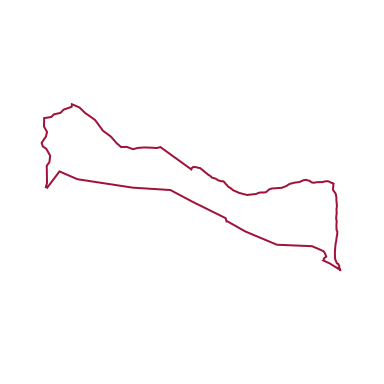 Belvedere, Soufrière, Saint Lucia (Robinson projection), rotated 161°
{"feature_id": "8701671B92172840318225", "entity_name": "Belvedere", "entity_type": "district", "adm_level": 2, "iso_a3": "LCA", "parent_name": "Saint Lucia", "parent_adm1": "Soufrière", "projection": "robinson", "projection_center": [-61.062, 13.892], "detail": "fine", "context": "isolated", "style": "outline", "palette": "rose", "viewbox_px": 384, "rotation_deg": 161, "n_neighbors": 0, "source": "geoboundaries", "source_scale": "gbopen_adm2", "svg_char_len": 4804}
<svg xmlns="http://www.w3.org/2000/svg" viewBox="0 0 384 384"><g transform="rotate(161 192 192)"><path d="M328.6,244.2L327.7,243.6L327.5,243.2L310.6,254.6L296.2,241.4L246.6,215.4L211.8,200.9L194.8,182.7L168.7,156.3L168.9,153.3L168.7,153.4L154.3,137.2L128.9,114.5L96.2,101.7L90.3,96.4L86.8,93.0L86.2,90.4L86.1,87.2L88.9,86.2L89.8,84.6L90.1,84.5L85.2,79.8L78.5,71.6L77.3,70.6L77.4,70.3L77.5,70.0L77.3,69.9L77.1,70.5L77.1,71.1L77.5,71.4L77.9,71.7L78.5,72.0L78.8,72.3L78.9,72.5L79.0,72.6L79.3,73.0L78.7,72.9L78.3,72.6L77.6,72.3L77.1,73.1L76.8,73.8L76.8,74.1L77.0,74.5L77.1,75.0L77.1,75.6L77.0,75.8L77.2,76.4L77.8,76.9L77.9,77.0L78.2,77.5L78.3,79.0L78.4,80.0L78.5,80.7L78.5,81.0L78.5,81.5L78.3,82.1L78.3,82.7L78.2,83.0L78.0,83.9L77.1,86.7L76.9,87.4L76.2,89.3L75.2,91.6L74.4,93.4L73.5,95.4L72.8,96.8L71.9,98.2L71.6,98.8L71.3,99.2L71.0,100.0L70.4,101.2L70.1,101.9L69.4,103.1L68.4,104.9L67.9,106.1L67.7,106.6L67.5,107.2L67.5,107.8L67.6,108.6L67.7,109.0L67.6,109.4L67.2,110.5L66.9,111.5L66.5,112.9L65.7,115.0L65.0,116.5L64.8,117.2L64.6,117.7L64.5,119.0L64.4,119.6L64.2,120.1L64.2,120.4L63.7,121.5L63.5,122.0L63.0,123.0L62.6,123.9L62.2,124.7L61.8,125.7L61.6,126.6L61.5,127.1L61.2,128.0L60.9,128.8L60.5,129.6L59.9,130.8L59.6,131.5L59.1,132.9L59.0,133.8L58.7,135.0L58.4,135.9L58.2,137.1L57.7,138.5L57.4,139.4L57.1,140.5L56.8,142.9L56.8,143.9L57.3,145.8L57.7,146.9L57.9,147.6L57.9,148.1L57.7,149.0L57.1,150.3L56.6,151.3L56.1,152.6L56.1,153.0L55.6,153.7L55.4,154.5L55.4,154.4L57.1,155.2L57.2,155.3L57.5,155.5L57.8,155.8L58.0,156.2L58.4,156.7L58.7,157.0L59.0,157.2L59.3,157.4L59.8,157.8L60.1,157.9L60.5,158.2L60.9,158.4L61.5,158.4L62.0,158.4L62.6,158.6L63.9,158.9L64.4,158.9L64.8,158.8L65.3,158.9L65.7,159.0L66.5,159.2L67.6,159.6L69.3,160.2L70.6,160.5L71.7,160.8L73.5,161.0L74.1,161.2L74.6,161.5L75.0,161.7L75.4,161.9L75.7,162.2L75.9,162.4L76.2,162.7L76.4,163.1L76.6,163.4L76.8,163.8L77.0,164.0L77.7,164.6L78.1,164.9L78.5,165.1L78.9,165.3L79.3,165.6L79.7,166.0L80.0,166.3L80.3,166.4L81.7,166.7L82.9,166.8L83.9,166.8L84.5,166.7L84.8,166.6L87.3,166.5L87.9,166.6L88.4,166.7L89.0,166.8L89.6,166.9L90.6,167.2L91.4,167.3L92.4,167.5L95.0,167.7L96.2,167.8L97.2,167.8L97.9,167.7L98.8,167.5L99.5,167.3L100.4,167.0L101.4,166.9L102.5,166.9L104.4,166.8L106.4,166.8L106.7,166.9L107.2,167.1L108.4,167.4L109.7,167.8L111.0,168.2L112.4,168.5L113.3,168.7L114.2,169.0L114.7,169.2L115.2,169.3L115.8,169.3L117.4,169.4L117.6,169.4L118.0,169.4L118.9,169.0L120.7,168.3L121.4,168.0L121.8,167.9L122.3,167.8L122.7,167.8L123.2,167.9L123.5,168.0L125.4,168.5L125.8,168.6L126.1,168.8L126.3,168.9L126.7,169.1L129.0,169.5L129.3,169.5L129.6,169.5L130.1,169.5L130.9,169.3L131.7,169.3L132.1,169.3L132.7,169.4L133.5,169.5L134.6,169.9L135.1,170.0L136.1,170.2L137.0,170.4L139.3,170.9L139.7,171.0L140.1,171.0L140.4,171.0L140.7,171.1L141.0,171.3L141.5,171.7L143.5,172.9L145.3,174.2L146.5,175.0L147.6,175.7L148.6,176.5L148.8,176.9L149.9,177.8L151.0,178.9L152.3,180.0L152.8,180.6L153.1,181.3L153.3,181.5L153.5,181.8L153.8,182.2L154.0,182.8L154.2,183.1L154.5,183.5L154.8,183.8L155.3,184.3L155.8,184.9L156.0,185.2L156.2,185.5L156.4,186.1L156.5,186.6L156.6,187.0L156.8,187.3L157.0,187.6L157.1,187.9L157.3,188.3L157.4,188.5L157.6,188.8L157.7,189.2L157.8,189.6L158.0,190.1L158.2,190.5L158.3,190.8L158.4,191.0L158.5,191.4L158.7,191.7L158.9,191.9L159.1,192.1L159.8,192.2L160.2,192.3L160.5,192.5L160.8,192.6L161.3,192.9L161.7,193.3L162.0,193.6L162.3,193.7L162.7,193.9L163.1,194.2L163.5,194.6L163.7,194.9L164.1,195.4L164.6,196.0L165.1,196.6L165.5,197.0L165.8,197.3L166.1,197.5L166.9,198.1L167.6,198.5L168.1,198.8L168.4,199.0L168.6,199.3L168.7,199.7L168.8,200.0L169.0,200.3L169.2,200.7L169.5,201.1L169.7,201.4L170.0,201.9L170.2,202.2L170.6,202.5L170.8,202.7L171.0,203.0L172.1,204.9L172.6,205.7L173.0,206.2L173.3,206.8L173.7,207.3L173.9,207.7L174.1,208.0L174.3,208.4L174.5,208.7L174.8,209.2L175.0,209.4L175.2,209.9L175.4,210.2L175.6,210.4L175.8,210.8L176.0,211.1L176.2,211.4L176.4,211.7L176.5,211.9L176.7,212.1L176.9,212.2L177.5,212.5L177.9,212.7L178.3,212.9L178.6,213.1L179.2,213.5L180.0,214.1L182.6,215.3L184.3,214.7L185.3,213.6L207.3,244.8L207.5,244.7L211.1,245.1L216.2,247.2L222.7,249.7L228.8,251.3L233.9,251.7L239.0,255.9L243.2,257.2L244.4,257.5L245.9,260.2L247.3,262.5L247.6,263.3L250.6,270.7L254.8,276.8L256.3,279.0L257.2,282.1L258.2,285.2L258.5,286.4L260.3,291.8L265.1,298.5L267.2,301.3L270.8,308.4L276.6,313.8L277.0,314.1L277.3,313.4L277.8,312.3L278.1,311.7L278.3,311.7L281.0,311.7L286.4,311.7L287.5,311.2L290.7,309.6L291.4,309.7L297.2,310.4L300.5,308.8L303.4,309.2L303.5,309.2L307.7,310.0L310.6,302.2L310.2,299.7L309.5,296.0L312.1,291.9L313.3,291.0L314.6,290.2L315.8,289.2L318.2,287.3L318.2,283.6L317.2,282.3L315.7,280.3L314.3,272.4L316.8,267.3L317.1,266.6L318.4,265.8L320.8,264.1L326.2,247.6L328.6,244.2Z" fill="none" stroke="#9f1239" stroke-width="2"/></g></svg>